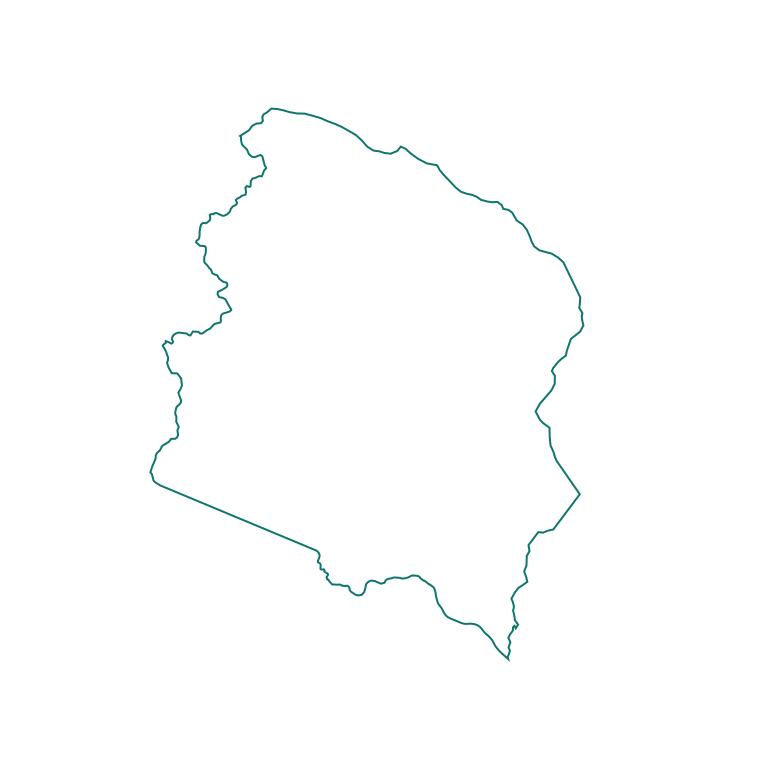 the district of Wapenamanda District, Enga, Papua New Guinea, rotated 126°
{"feature_id": "67681753B41439794831053", "entity_name": "Wapenamanda District", "entity_type": "district", "adm_level": 2, "iso_a3": "PNG", "parent_name": "Papua New Guinea", "parent_adm1": "Enga", "projection": "robinson", "projection_center": [143.904, -5.661], "detail": "fine", "context": "isolated", "style": "outline", "palette": "teal", "viewbox_px": 768, "rotation_deg": 126, "n_neighbors": 0, "source": "geoboundaries", "source_scale": "gbopen_adm2", "svg_char_len": 5206}
<svg xmlns="http://www.w3.org/2000/svg" viewBox="0 0 768 768"><g transform="rotate(126 384 384)"><path d="M267.9,646.2L267.8,645.3L271.0,642.7L273.7,639.7L274.2,637.1L274.9,632.6L277.5,628.3L277.8,624.4L276.5,621.9L273.3,619.9L271.3,618.5L271.3,616.3L277.6,608.6L278.0,607.0L278.7,606.2L281.7,606.5L287.6,604.9L289.5,607.4L293.5,609.6L294.7,611.0L295.3,611.0L298.0,611.1L302.4,608.2L303.5,608.5L304.4,611.2L306.6,611.6L308.3,609.8L310.2,608.2L312.0,607.3L313.5,608.2L315.4,609.8L317.6,610.2L320.4,611.7L322.1,612.1L323.0,610.8L324.0,609.2L326.0,609.0L329.4,610.7L332.3,610.9L335.2,610.0L338.9,610.6L341.9,612.3L342.9,613.8L344.1,619.8L345.0,621.2L346.9,621.8L348.2,623.7L349.7,624.3L351.1,622.8L352.4,621.6L354.3,621.2L358.3,622.3L360.3,625.2L362.8,625.7L365.3,624.7L369.2,622.7L372.2,620.5L374.4,619.4L375.9,619.1L378.5,619.9L379.8,619.3L380.2,615.7L380.3,614.1L377.8,610.1L378.5,608.2L382.0,605.7L383.8,604.8L386.7,604.1L389.4,602.4L391.2,600.7L391.9,596.5L392.9,593.7L393.1,591.5L394.1,589.8L395.3,587.8L394.9,585.2L394.1,582.9L394.9,580.8L395.8,579.1L395.8,573.8L394.6,571.4L394.7,570.1L396.1,568.8L398.2,568.4L403.1,570.4L407.1,572.6L409.1,571.5L410.6,568.7L409.0,564.6L408.7,562.2L409.7,559.9L412.3,554.5L413.2,551.9L414.0,551.0L416.6,551.8L421.4,555.5L423.7,556.2L427.2,554.5L428.5,553.1L430.4,552.6L434.9,556.3L437.2,556.9L441.0,557.1L444.8,559.0L449.9,560.7L451.2,562.2L450.9,564.8L453.9,569.5L458.5,569.1L459.3,570.8L459.1,573.2L463.1,580.4L465.5,582.1L468.3,583.1L470.7,582.8L472.5,581.8L473.8,579.4L475.4,579.3L476.4,579.9L476.7,582.8L477.6,585.8L479.2,584.7L481.8,585.6L483.1,585.5L484.8,581.5L486.2,578.8L488.1,576.5L489.3,574.3L491.5,572.9L494.4,571.9L497.4,567.8L500.0,562.0L497.1,557.8L497.1,556.8L498.8,551.3L501.0,549.4L503.9,546.6L507.8,545.6L511.9,545.3L514.9,541.0L516.6,538.3L518.3,537.5L521.4,537.6L524.2,538.3L525.0,538.2L529.6,536.3L531.0,535.1L532.3,533.0L534.7,531.1L536.5,530.1L539.3,524.8L542.9,523.9L546.3,520.6L548.8,520.0L551.1,520.8L552.4,522.6L553.6,524.0L557.2,524.0L564.2,527.0L569.7,526.3L573.4,527.1L576.0,526.6L578.5,525.0L583.4,523.7L585.4,523.5L592.8,521.1L593.4,518.8L597.5,513.8L598.0,511.8L597.6,505.4L578.4,424.5L558.8,342.0L558.5,340.9L558.6,340.2L558.6,339.8L558.7,338.9L558.8,338.1L559.1,337.5L559.4,336.8L559.9,336.0L560.7,335.2L561.8,334.6L565.3,333.6L566.0,333.5L567.0,332.7L566.9,331.9L566.8,330.4L567.2,329.4L568.0,328.6L569.8,327.5L570.5,327.1L571.1,326.4L570.9,325.7L569.3,323.6L569.8,322.5L570.8,322.0L570.8,320.9L570.6,319.1L570.6,317.8L571.3,317.1L572.0,317.0L573.3,317.0L574.3,316.8L574.6,315.9L575.4,315.2L575.0,314.0L575.4,313.4L575.6,312.8L576.6,308.3L576.6,308.1L575.8,306.9L573.3,303.1L572.4,302.2L571.8,300.6L571.8,299.3L571.2,298.6L570.9,297.4L570.1,296.4L569.8,296.4L568.6,294.8L568.9,293.2L569.5,291.9L570.6,290.9L571.1,289.9L571.4,289.0L571.3,284.1L571.0,282.5L570.2,280.6L567.7,278.1L564.0,277.8L560.2,279.0L556.9,280.7L555.7,280.8L552.9,280.3L551.2,279.3L550.3,278.4L548.6,275.2L548.5,273.9L547.3,269.1L546.5,268.3L544.5,266.8L542.0,267.2L540.5,266.9L538.8,265.7L536.5,263.5L535.3,262.8L533.9,261.2L531.5,257.1L530.6,254.7L528.2,252.2L525.9,250.5L524.6,249.9L523.0,249.2L522.1,248.2L522.1,247.9L521.8,247.6L521.6,247.6L521.3,247.3L519.3,243.5L519.2,241.8L519.8,240.2L519.7,236.0L519.4,235.7L519.4,231.9L519.6,231.5L519.6,229.6L519.3,229.3L519.3,224.5L520.6,221.9L523.2,218.9L524.8,217.6L529.0,212.4L530.1,210.4L531.5,205.6L534.0,200.7L534.8,198.1L535.1,195.8L534.7,192.6L532.0,181.4L530.9,178.2L529.4,176.0L526.8,172.8L525.1,169.6L524.2,166.7L524.1,163.2L526.0,156.4L526.5,150.9L527.6,146.0L530.4,140.2L531.2,137.9L532.5,132.1L533.5,121.8L532.0,123.6L529.6,124.0L525.7,125.4L523.9,128.4L518.6,130.0L516.3,134.2L512.4,134.9L507.8,134.8L505.0,136.6L503.0,136.3L504.2,133.8L499.8,134.1L498.2,139.1L494.3,143.0L491.4,146.4L487.8,147.9L484.8,151.4L482.8,154.7L475.7,155.6L469.9,155.4L465.3,153.6L459.8,151.8L456.4,155.7L453.2,160.5L447.2,162.0L443.2,164.7L439.2,167.4L433.8,168.0L429.4,172.4L413.2,172.1L410.7,167.9L406.4,165.3L402.2,161.5L358.1,160.8L344.8,199.0L342.7,202.7L339.3,207.0L335.9,213.1L329.7,218.6L322.1,224.4L322.1,232.4L321.2,237.0L317.1,245.2L308.5,246.3L290.9,244.8L283.5,246.0L276.9,250.6L274.9,255.8L271.5,256.5L267.4,256.3L263.9,256.1L259.2,255.2L254.1,253.6L249.6,255.6L246.7,256.5L237.8,259.3L226.4,256.1L219.4,257.1L215.8,261.3L213.3,263.6L210.0,265.2L207.6,270.8L203.5,273.0L198.4,276.3L180.1,310.4L179.4,317.6L180.0,325.1L182.3,330.9L184.5,336.8L184.4,343.4L182.5,347.5L178.5,353.5L175.3,359.1L173.4,365.6L173.7,372.8L172.5,375.4L170.0,381.0L170.0,385.6L172.2,390.5L170.1,393.9L170.0,399.2L173.4,403.4L175.6,407.6L178.0,413.8L178.0,419.0L179.3,424.2L181.4,428.8L183.2,434.6L182.9,441.5L181.8,447.1L180.7,453.2L179.6,459.3L178.2,464.7L175.8,469.5L180.4,479.2L181.8,488.9L181.8,497.7L181.0,505.1L182.2,510.0L187.6,510.2L193.8,514.0L196.9,519.6L198.5,524.5L201.4,529.9L201.8,536.9L200.0,545.2L199.1,552.8L200.2,563.8L201.0,570.1L202.4,576.6L204.4,583.6L206.1,591.4L208.9,599.4L211.9,607.1L216.3,613.5L219.6,620.3L221.7,626.2L224.1,631.6L227.4,637.0L233.3,638.4L236.6,639.9L239.5,639.4L242.4,636.6L245.2,636.7L248.4,640.3L252.8,642.4L258.0,642.3L267.9,646.2Z" fill="none" stroke="#0f766e" stroke-width="2"/></g></svg>